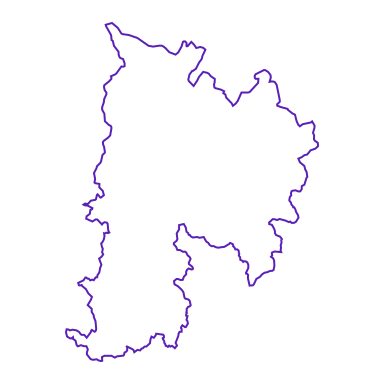 Bac Quang, Hà Giang, Vietnam
{"feature_id": "81297802B46816941364430", "entity_name": "Bac Quang", "entity_type": "district", "adm_level": 2, "iso_a3": "VNM", "parent_name": "Vietnam", "parent_adm1": "Hà Giang", "projection": "robinson", "projection_center": [104.909, 22.394], "detail": "fine", "context": "isolated", "style": "outline", "palette": "violet", "viewbox_px": 384, "rotation_deg": 0, "n_neighbors": 0, "source": "geoboundaries", "source_scale": "gbopen_adm2", "svg_char_len": 5933}
<svg xmlns="http://www.w3.org/2000/svg" viewBox="0 0 384 384"><path d="M312.1,121.4L311.1,122.4L302.7,124.2L299.9,126.3L298.2,124.7L296.6,121.1L295.0,114.7L292.4,113.4L288.1,110.0L287.6,108.9L280.6,107.0L277.2,105.6L277.2,104.2L279.7,101.9L279.8,100.3L276.7,85.0L275.0,82.3L274.0,81.7L272.0,81.4L269.6,81.8L270.8,77.5L270.5,75.1L268.3,72.1L265.4,70.2L264.1,70.0L255.5,74.3L254.7,75.9L254.8,77.9L255.6,78.8L258.4,78.8L258.1,82.9L249.6,92.1L247.9,92.5L241.5,92.5L237.8,100.8L235.8,103.5L232.9,105.8L231.7,103.3L226.3,97.7L225.3,94.4L223.3,93.2L224.2,91.3L220.9,89.6L215.2,88.1L214.4,87.4L214.0,84.3L214.6,82.8L214.8,78.9L210.9,76.3L208.7,73.6L207.1,72.8L203.2,71.9L199.0,76.9L197.1,80.8L193.6,86.0L188.7,80.9L188.3,79.5L189.5,74.5L192.2,70.9L193.1,70.8L195.9,68.8L199.1,62.5L201.7,59.0L202.5,55.8L205.4,49.7L203.2,47.8L200.2,47.0L196.3,48.0L194.0,44.6L191.3,41.9L187.7,46.1L186.9,46.3L186.4,45.9L186.6,43.5L186.3,42.6L185.0,41.4L183.7,41.4L183.0,41.8L181.5,46.6L178.2,52.5L175.5,54.6L169.3,52.2L165.5,48.1L163.1,46.3L161.7,45.7L159.0,45.7L153.2,46.6L148.6,45.8L137.3,37.9L128.7,35.0L122.4,34.1L121.3,33.4L117.8,27.9L112.0,23.0L105.7,24.8L106.2,26.5L111.1,35.1L111.6,40.1L112.8,40.9L114.0,45.9L118.5,51.7L118.7,54.9L119.4,56.9L120.4,58.1L123.1,59.0L124.6,63.3L124.6,66.1L123.5,66.7L121.4,66.5L116.4,73.4L115.4,74.3L110.9,76.3L111.4,77.6L111.3,79.0L108.8,81.6L104.3,85.2L104.0,86.7L104.6,90.0L106.4,92.7L106.4,94.3L104.2,99.0L103.8,102.4L102.1,107.3L102.2,109.8L104.4,113.8L104.9,121.2L109.0,125.1L110.5,125.7L111.3,126.8L111.4,128.5L110.2,135.4L107.9,137.8L103.8,140.8L102.9,142.1L103.1,144.4L104.1,147.0L104.9,152.1L104.7,152.9L102.5,154.9L101.1,161.3L100.3,162.9L97.0,166.2L96.4,168.4L94.0,173.0L95.1,179.0L94.5,182.6L95.2,183.2L99.4,183.9L99.3,187.4L102.7,190.8L103.9,195.1L101.1,197.5L100.4,197.6L97.6,194.3L96.9,195.0L96.0,199.1L95.4,199.8L90.8,200.7L87.9,204.0L85.0,203.6L83.5,204.6L85.0,205.4L87.4,205.5L92.4,208.1L92.1,209.2L90.4,209.9L89.8,213.9L86.6,216.3L86.2,218.7L92.4,221.5L95.7,219.4L97.3,219.5L102.0,224.5L103.3,222.9L104.6,222.2L106.9,222.7L107.6,223.6L108.3,230.9L109.3,232.5L107.9,233.1L106.1,232.7L104.8,233.5L104.1,233.3L104.5,236.1L103.8,239.5L102.3,242.4L101.2,243.4L101.9,246.7L102.8,248.8L102.1,252.4L103.2,254.4L101.6,256.7L99.1,258.6L101.4,264.8L100.1,268.0L99.4,272.2L97.4,275.4L97.2,277.3L95.6,277.4L93.8,280.2L92.2,279.6L90.7,280.3L90.2,280.3L88.9,278.8L87.4,278.6L86.4,277.6L85.4,277.5L83.4,280.4L78.2,282.9L78.9,285.2L79.9,285.5L81.7,285.0L82.4,286.2L85.9,289.1L88.4,293.5L91.9,296.8L91.1,299.4L87.7,305.1L91.7,308.8L91.7,311.9L93.7,315.2L93.8,317.0L95.5,321.2L96.2,328.9L95.9,330.3L95.3,331.4L94.5,331.7L91.8,329.9L91.1,330.7L90.8,332.2L86.7,337.7L84.3,334.9L81.8,334.9L80.9,334.4L79.1,332.0L76.6,330.4L72.5,329.7L69.9,330.4L68.5,329.5L66.6,329.3L66.0,332.4L67.1,336.6L70.2,338.4L71.6,338.4L73.0,337.2L73.2,339.0L75.5,340.6L76.7,345.2L77.8,346.3L81.0,345.2L83.9,346.2L86.4,346.2L87.8,349.3L86.9,352.6L86.9,354.4L90.6,359.1L92.9,359.8L96.7,359.3L98.8,360.5L100.7,361.0L102.2,360.8L102.0,357.0L104.5,355.8L111.5,355.8L114.9,357.6L116.9,356.4L123.4,355.6L124.0,354.9L124.5,352.6L126.3,351.6L127.2,350.4L127.2,347.3L126.2,346.1L132.8,349.4L133.8,350.5L134.3,352.2L137.4,349.9L140.2,350.4L141.5,348.6L142.8,348.3L144.5,346.6L146.4,346.5L150.0,343.2L150.4,339.6L151.5,336.6L153.8,337.8L155.6,335.5L156.2,333.7L163.2,334.7L163.9,335.8L163.9,337.6L162.7,338.1L162.7,338.6L164.2,341.2L164.4,343.0L165.3,344.2L165.7,345.8L166.5,345.9L167.9,346.9L169.1,345.6L170.3,346.6L172.0,345.8L174.9,348.2L177.0,345.5L175.6,342.9L178.3,335.9L178.6,333.6L179.5,331.9L181.6,331.7L181.6,328.8L181.0,328.0L181.1,327.2L182.4,325.3L185.1,327.2L185.8,327.1L187.9,323.6L187.4,321.0L186.5,319.8L187.5,316.1L186.1,315.6L186.2,314.1L186.9,313.0L186.3,312.2L186.8,310.9L186.6,309.0L188.1,306.8L189.8,306.4L190.7,305.2L189.6,300.6L188.4,299.5L185.3,298.6L184.5,297.6L183.4,292.2L181.7,289.8L178.0,286.3L174.5,284.3L174.0,281.1L176.5,279.0L178.0,279.0L180.6,280.0L182.7,279.9L183.9,276.7L186.2,274.3L186.1,271.9L187.0,269.8L188.6,268.5L191.6,269.5L192.7,269.2L193.0,268.4L192.2,266.7L189.0,264.1L188.8,262.8L190.6,258.8L189.5,256.8L187.7,255.5L186.1,252.3L184.9,251.6L183.0,251.8L180.1,250.1L177.3,249.9L176.1,246.8L173.8,244.3L173.9,243.0L176.5,240.9L177.4,239.3L176.7,233.4L179.1,229.4L179.1,225.1L183.8,224.0L185.8,227.6L186.5,231.7L188.2,233.1L188.7,234.8L189.8,235.0L190.9,236.5L192.9,237.5L197.2,237.0L199.5,237.8L203.7,237.0L206.2,241.5L208.3,242.9L209.6,244.9L211.4,246.1L213.8,246.1L215.8,247.2L218.2,247.7L224.4,246.8L229.1,244.0L230.1,242.9L232.7,244.1L233.2,245.1L233.1,246.2L234.5,247.5L235.3,249.4L237.3,249.4L238.7,250.7L238.8,252.8L239.3,253.7L238.8,255.6L240.1,257.2L240.3,259.8L242.6,260.9L243.2,261.9L243.9,261.3L245.6,261.3L247.3,262.4L248.3,264.8L248.3,268.0L246.0,272.9L246.1,273.6L247.2,273.9L248.1,274.9L247.9,278.1L249.6,285.6L252.9,285.3L253.9,284.2L256.4,278.9L260.0,276.8L261.8,274.6L264.5,272.7L266.9,272.3L270.3,270.9L272.1,270.9L273.6,269.9L274.4,265.9L274.1,260.7L273.2,258.3L271.0,256.8L272.2,255.4L271.8,253.1L272.2,252.4L274.7,251.5L281.2,252.1L280.6,250.6L281.0,247.8L280.7,245.1L281.5,242.9L281.3,240.2L281.9,239.1L280.1,236.7L276.0,235.0L274.9,233.1L275.0,231.6L274.2,228.9L271.9,224.8L269.2,224.1L269.1,222.5L272.7,219.2L273.8,219.1L277.2,220.0L279.6,219.0L285.5,220.6L288.8,222.1L290.2,221.5L291.6,222.9L294.3,222.8L296.1,221.6L298.5,217.6L298.0,215.2L296.0,211.7L295.3,209.2L294.2,207.3L293.2,207.3L292.8,206.0L291.5,204.7L290.9,202.5L289.4,200.7L289.3,199.9L289.9,196.9L291.2,195.4L291.0,193.2L291.5,191.4L292.2,190.8L295.6,190.3L298.2,191.4L300.2,191.4L301.7,189.2L301.8,186.1L304.4,184.7L306.4,178.1L307.3,176.8L306.6,171.9L305.3,169.6L304.3,165.9L299.9,162.3L298.4,158.6L301.5,157.3L304.4,155.2L307.2,154.5L310.6,150.3L315.3,148.7L318.0,146.2L317.8,142.8L314.8,140.7L314.0,139.4L314.1,135.3L313.0,132.8L314.4,128.0L314.6,125.6L312.1,121.4Z" fill="none" stroke="#5b21b6" stroke-width="2"/></svg>